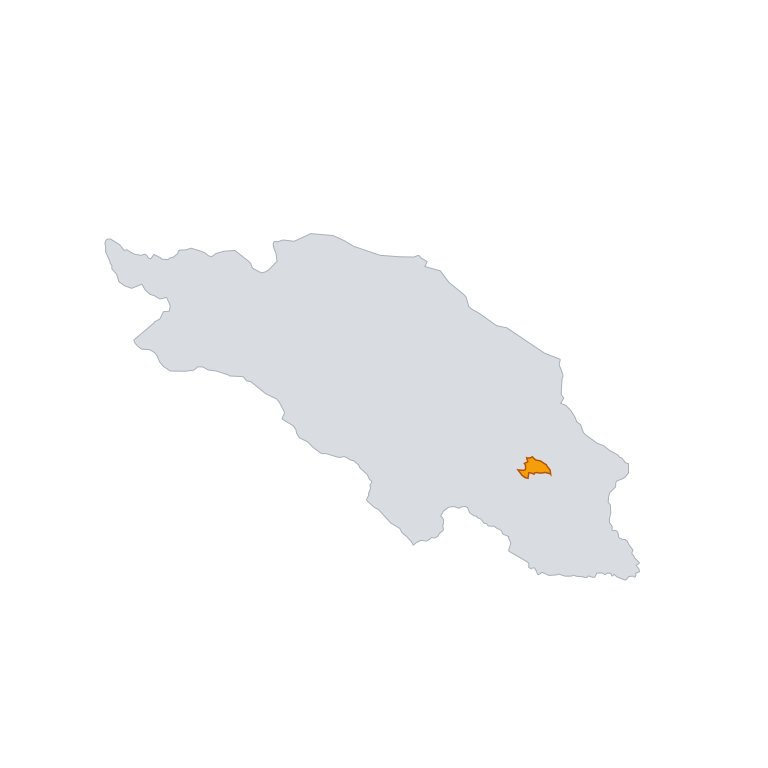 Bayan-Uul, Govi-Altay, Mongolia shown in context, rotated 207°
{"feature_id": "93677404B20408254425737", "entity_name": "Bayan-Uul", "entity_type": "district", "adm_level": 2, "iso_a3": "MNG", "parent_name": "Mongolia", "parent_adm1": "Govi-Altay", "projection": "natural_earth1", "projection_center": [95.187, 47.144], "detail": "fine", "context": "in_parent", "style": "filled", "palette": "amber", "viewbox_px": 768, "rotation_deg": 207, "n_neighbors": 0, "source": "geoboundaries", "source_scale": "gbopen_adm2", "svg_char_len": 4849}
<svg xmlns="http://www.w3.org/2000/svg" viewBox="0 0 768 768"><g transform="rotate(207 384 384)"><path d="M72.7,325.8L75.1,325.8L78.6,323.5L79.1,320.4L80.2,318.7L88.7,317.9L92.5,318.8L93.2,316.8L93.9,316.5L95.9,318.2L97.9,317.5L99.3,316.7L100.6,314.4L103.5,314.8L108.5,312.2L108.4,307.6L110.4,306.5L114.9,305.7L115.4,303.6L116.4,303.0L119.7,302.4L125.3,300.0L128.0,299.8L130.0,297.8L135.1,295.1L142.6,293.8L143.2,292.5L150.1,288.3L157.5,288.1L159.6,284.5L160.7,284.2L165.8,288.4L168.0,287.9L168.8,286.2L171.9,286.3L173.1,289.3L174.9,290.5L196.8,291.7L197.5,292.8L198.7,299.8L202.8,303.1L203.7,304.7L209.8,304.2L213.2,306.8L218.5,306.7L221.1,307.4L226.2,305.0L227.4,305.0L229.0,306.2L231.5,305.3L236.3,307.7L239.9,307.3L241.7,308.2L243.9,307.4L249.2,308.1L253.5,311.9L256.4,311.6L259.8,309.1L260.7,307.4L265.8,306.6L268.6,304.9L270.5,303.4L273.2,297.9L273.7,292.2L271.1,291.4L268.9,289.5L267.6,286.5L267.4,284.4L264.9,281.2L265.1,279.6L266.5,276.8L267.1,272.4L268.8,269.9L272.2,268.5L272.6,266.8L274.7,263.4L280.1,261.4L283.1,257.6L284.8,253.7L287.5,255.7L294.6,258.4L300.5,259.7L304.4,262.5L314.8,263.2L332.3,269.8L335.9,269.5L346.2,272.2L347.1,273.2L347.2,278.2L348.1,279.6L348.6,285.0L350.7,287.7L350.2,291.0L351.2,292.0L353.7,292.4L357.9,295.8L367.2,298.2L370.0,300.4L376.3,301.9L379.5,301.0L384.9,301.5L386.8,301.1L390.0,298.5L392.1,297.8L404.0,295.7L407.2,294.0L409.5,293.7L418.9,295.4L425.6,297.8L435.0,297.6L439.6,300.5L441.6,303.2L445.5,305.5L458.6,306.5L459.2,307.1L459.4,312.8L460.0,313.8L468.8,320.1L472.9,321.9L484.9,321.6L503.7,325.6L508.0,324.4L512.0,326.4L513.5,326.3L525.2,321.1L527.0,321.4L539.4,319.4L547.1,316.7L553.2,316.9L557.8,314.7L559.5,310.2L566.9,305.1L580.2,298.6L588.8,299.5L594.0,301.9L599.6,306.5L602.7,307.8L608.3,308.2L615.9,305.0L620.2,305.8L624.1,307.2L626.9,309.6L616.8,333.7L616.7,335.2L613.2,340.2L613.3,348.3L608.5,351.2L609.6,355.8L610.9,357.5L616.7,362.2L618.5,361.6L619.9,359.6L622.8,357.9L628.3,358.4L633.1,357.7L639.2,359.2L645.0,363.0L652.3,354.7L659.5,353.7L666.5,354.8L672.1,360.4L678.6,363.0L680.5,366.2L683.2,367.5L684.0,369.0L692.2,375.5L694.1,379.7L696.6,382.7L696.9,385.8L696.5,387.3L693.5,389.0L682.8,388.1L676.3,385.1L674.1,386.8L665.9,386.2L661.4,387.5L658.4,388.6L656.7,390.7L655.3,391.1L653.9,391.0L651.4,389.4L649.2,389.4L648.6,389.8L647.7,395.0L640.8,395.0L638.4,394.4L632.8,396.8L632.1,398.8L629.2,401.6L626.9,406.8L627.6,409.1L626.9,410.5L621.9,413.3L617.3,417.5L607.3,419.2L602.5,419.5L598.9,418.5L595.4,419.2L593.0,423.9L586.8,429.7L577.5,435.3L559.9,431.8L557.7,431.0L553.8,427.5L543.7,427.3L540.9,429.7L538.6,433.2L535.0,444.7L539.4,451.2L544.3,455.6L546.4,458.6L546.6,461.2L543.5,462.3L539.3,466.5L528.8,470.4L517.6,484.7L496.9,493.1L484.0,493.7L473.6,492.9L445.9,496.9L428.1,504.3L415.0,510.7L412.2,513.8L410.8,514.3L408.3,513.1L401.1,512.7L400.9,507.2L385.2,510.4L372.3,504.0L353.9,500.1L350.2,498.7L343.7,491.5L340.4,490.6L332.4,490.3L310.2,487.1L300.0,489.8L254.9,484.3L238.5,486.0L237.9,485.3L236.8,480.8L229.1,473.8L228.0,472.1L227.7,469.4L221.4,455.1L217.4,452.9L217.9,447.0L212.0,447.4L205.3,445.1L198.4,440.9L195.2,437.8L190.4,437.0L184.5,431.4L181.8,430.3L167.4,428.0L160.3,428.7L152.5,427.2L143.7,427.0L140.9,425.8L138.4,426.0L133.3,423.5L129.9,424.0L125.8,415.8L126.8,410.7L128.6,407.7L132.7,403.1L132.6,401.4L131.0,397.3L133.5,389.9L132.7,385.4L130.5,380.3L127.5,379.1L123.4,372.1L122.1,366.7L120.4,363.0L116.0,360.7L114.6,357.5L113.3,357.3L112.3,358.3L109.7,358.7L107.1,356.7L105.6,354.3L104.1,353.7L101.2,353.8L98.6,354.9L95.7,354.4L93.2,352.2L86.7,349.0L86.6,346.6L85.7,345.0L83.7,344.5L81.8,342.8L75.4,340.8L75.3,339.6L77.1,337.0L72.8,334.9L71.1,332.7L73.7,329.8L72.7,327.8L72.7,325.8Z" fill="#d9dde1" stroke="#a8b0b8" stroke-width="1"/><path d="M219.6,365.3L219.4,365.3L219.3,365.2L219.2,365.2L218.9,365.2L218.7,365.2L218.4,365.1L218.2,365.1L217.9,365.1L217.7,365.1L217.4,365.1L217.2,365.0L217.2,364.9L216.9,364.8L216.8,364.7L216.7,364.7L216.6,364.8L216.4,364.8L216.2,364.8L216.0,364.7L215.9,364.7L215.9,364.8L215.7,364.8L215.4,364.9L215.2,364.8L214.9,364.8L214.7,364.9L214.5,365.0L214.4,365.0L214.2,365.1L213.9,365.1L213.7,365.2L213.6,365.3L213.4,365.4L213.2,365.4L213.2,365.5L212.9,365.5L214.7,370.7L212.4,371.5L209.4,371.8L209.6,372.9L208.2,374.2L203.8,375.8L202.5,376.7L201.9,377.1L199.9,378.6L199.4,378.6L199.0,378.6L198.5,378.7L198.1,378.8L197.8,378.9L197.7,379.0L197.2,379.1L196.8,379.1L196.7,379.1L196.0,379.3L195.8,379.3L195.4,379.4L195.0,379.4L194.8,379.4L194.6,379.3L196.9,382.7L200.6,384.4L202.3,385.3L202.7,385.8L205.0,385.9L209.8,386.5L213.3,385.4L214.1,385.2L216.1,385.6L218.9,386.5L219.2,385.9L219.9,384.8L222.4,383.2L223.4,383.1L222.4,381.7L221.2,380.9L220.6,379.8L222.9,377.0L221.2,376.1L220.3,374.5L219.3,372.6L219.3,371.7L220.0,371.0L220.6,370.3L225.7,368.3L220.1,365.6L219.6,365.3Z" fill="#f59e0b" stroke="#b45309" stroke-width="1.5"/></g></svg>